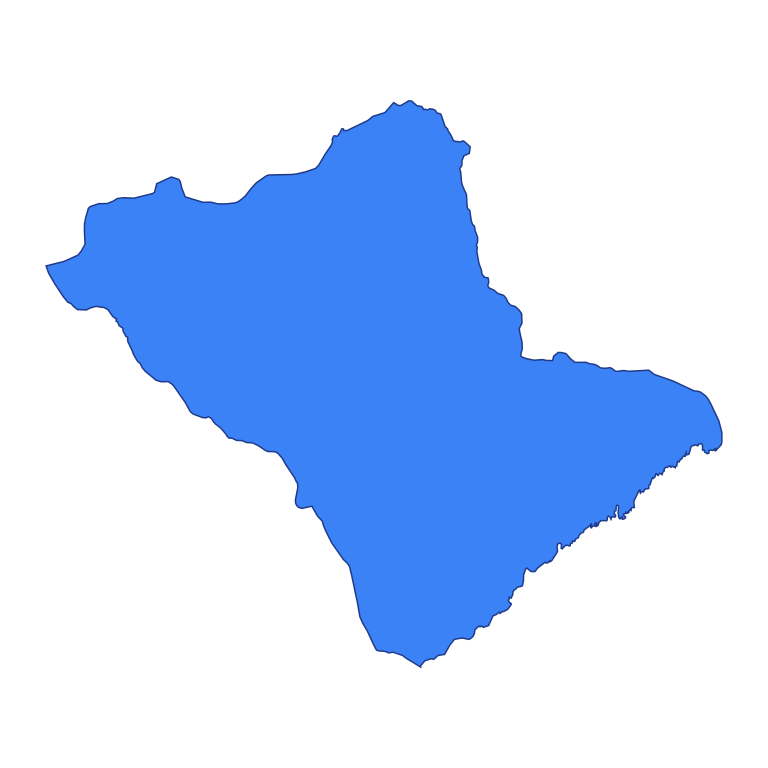 outline of Khua, Phôngsali, Laos
{"feature_id": "54806243B94701864875759", "entity_name": "Khua", "entity_type": "district", "adm_level": 2, "iso_a3": "LAO", "parent_name": "Laos", "parent_adm1": "Phôngsali", "projection": "equal_earth", "projection_center": [102.473, 21.051], "detail": "fine", "context": "isolated", "style": "filled", "palette": "blue", "viewbox_px": 768, "rotation_deg": 0, "n_neighbors": 0, "source": "geoboundaries", "source_scale": "gbopen_adm2", "svg_char_len": 6109}
<svg xmlns="http://www.w3.org/2000/svg" viewBox="0 0 768 768"><path d="M46.1,265.9L48.7,273.3L54.8,283.8L63.3,296.7L68.0,302.4L70.7,303.3L74.2,307.0L77.6,309.6L86.5,309.9L89.9,308.1L95.3,306.5L98.0,306.5L100.6,307.2L103.8,307.4L107.9,309.6L112.7,316.4L115.6,318.6L116.6,318.8L116.1,321.2L117.7,321.9L119.1,325.6L122.8,328.2L123.2,331.1L124.2,333.4L125.0,334.2L125.7,336.2L127.5,337.0L127.8,341.5L132.1,350.5L133.3,354.0L137.4,361.1L140.5,364.0L142.3,367.8L145.2,371.2L156.0,380.2L161.3,381.8L168.2,381.6L172.1,384.2L173.7,385.9L185.6,403.0L189.9,411.0L191.4,412.7L193.3,414.1L202.6,417.6L206.2,417.8L208.3,416.7L210.6,417.9L211.5,418.5L213.7,422.1L215.4,423.9L221.1,428.4L225.7,433.9L227.4,436.6L229.0,438.1L231.8,438.1L236.6,440.4L242.0,440.6L246.5,442.5L252.7,442.9L258.4,445.7L265.7,450.6L267.8,451.5L274.9,451.7L277.8,453.2L282.3,458.3L285.6,464.3L294.5,477.6L296.4,481.8L297.5,483.0L297.8,487.7L295.4,500.1L295.7,503.4L296.6,505.4L298.4,507.3L302.0,508.4L311.9,506.2L317.5,516.0L322.3,521.2L323.3,525.0L326.0,531.5L331.8,543.0L343.4,559.5L347.2,563.1L349.5,566.4L351.7,575.5L357.4,602.4L359.9,616.8L362.8,623.4L367.2,630.8L374.1,645.7L376.4,650.0L378.4,650.8L385.1,651.4L388.6,652.9L393.0,652.2L402.5,655.4L405.7,657.9L420.7,667.1L420.8,665.6L424.7,660.9L431.1,658.7L433.7,659.3L438.1,655.4L444.6,654.4L450.0,644.8L454.5,639.3L462.1,638.0L469.1,639.4L471.8,637.7L473.2,635.9L474.5,633.4L474.7,630.5L475.2,629.5L478.7,626.2L480.1,626.8L481.6,625.9L483.3,627.3L488.6,625.6L492.9,616.0L496.8,614.2L498.3,612.8L499.5,612.4L500.0,613.4L502.5,611.4L503.4,611.6L507.7,609.4L511.2,604.5L511.2,603.7L509.4,602.3L508.7,601.2L508.5,600.1L509.1,599.2L509.2,597.2L511.1,598.1L512.7,594.8L513.0,591.7L514.0,590.3L516.2,588.7L517.1,587.3L521.8,586.2L522.5,585.4L523.5,580.5L523.6,574.8L525.9,568.5L526.7,568.0L531.0,571.5L534.9,571.6L537.7,568.0L545.1,562.2L546.0,563.0L547.7,562.9L548.5,561.9L549.2,561.9L549.7,560.7L550.3,560.7L550.7,561.4L551.7,560.7L556.9,552.7L557.5,551.1L557.0,547.0L557.4,544.9L558.2,543.6L560.2,543.0L561.5,544.6L561.2,548.3L562.2,548.8L565.3,545.6L567.1,545.2L569.7,546.0L570.3,545.5L570.3,544.2L571.0,543.2L572.1,543.1L572.8,540.8L574.0,541.5L574.8,541.2L575.9,538.8L578.3,537.7L579.1,535.2L580.8,533.3L582.9,532.5L583.6,531.8L584.1,529.9L589.3,526.2L590.7,524.4L591.4,524.0L591.7,524.5L590.7,526.8L590.9,527.7L591.6,527.8L592.2,526.2L594.9,526.0L594.9,523.9L595.6,522.8L596.6,523.1L596.9,523.9L596.1,525.0L595.9,525.9L596.2,526.5L598.0,525.4L599.0,522.5L600.0,521.4L601.6,520.6L606.8,520.7L607.2,519.8L607.3,517.6L607.8,516.4L608.3,516.1L610.0,516.9L611.0,519.2L611.7,517.0L612.6,516.5L614.4,517.2L615.4,516.8L615.7,515.8L615.0,514.5L614.3,514.2L614.5,511.3L615.9,510.7L616.4,505.6L617.3,505.1L618.2,505.6L618.6,506.8L618.1,513.2L618.9,517.8L620.0,518.8L621.4,517.0L622.1,516.9L622.0,518.8L622.7,519.3L624.6,518.6L625.6,517.8L625.5,516.8L623.8,515.5L623.5,514.3L624.0,513.7L626.0,513.5L625.7,512.5L626.0,512.1L627.1,513.2L627.9,513.1L627.9,512.0L628.9,512.2L629.4,510.0L630.0,509.7L631.0,510.5L631.2,509.7L630.9,508.5L632.0,507.7L634.4,507.5L633.8,503.1L634.1,500.6L639.3,490.0L639.9,490.0L640.2,492.9L640.5,493.2L641.3,491.6L643.6,491.9L644.9,489.1L648.7,488.6L648.8,485.8L649.2,485.1L650.0,484.8L652.2,477.9L652.8,477.6L653.4,478.4L655.0,476.9L655.6,474.2L656.1,473.6L656.7,473.8L657.5,475.2L658.4,475.4L659.4,473.4L661.0,473.7L662.0,474.7L662.5,473.9L662.5,472.4L664.3,470.9L664.2,468.9L664.9,468.1L665.6,467.3L667.2,467.5L669.3,465.8L670.8,467.2L671.7,466.9L672.0,466.1L675.3,467.7L675.4,466.6L676.8,465.9L677.3,462.0L677.8,461.4L678.8,462.0L679.4,461.5L680.4,459.3L681.7,459.0L682.5,457.0L683.5,456.0L684.8,456.4L685.4,456.0L685.4,453.6L686.1,452.3L686.4,454.5L686.9,454.9L688.8,454.3L690.3,449.8L690.7,447.4L691.7,446.1L695.2,444.9L697.9,445.8L698.4,444.2L701.6,443.6L702.6,445.9L702.5,449.7L702.9,450.3L704.2,450.1L704.8,452.2L707.3,453.7L708.9,453.1L709.1,452.6L708.7,450.9L709.1,450.5L710.7,450.1L713.2,450.4L715.2,448.5L715.7,448.6L715.1,450.7L715.6,450.8L721.3,444.6L721.9,441.4L721.8,432.2L718.8,420.8L711.4,405.1L708.4,399.4L705.8,396.1L700.6,392.1L697.5,391.2L694.1,390.9L673.0,381.0L654.4,374.5L648.8,370.2L628.4,371.3L623.8,370.5L616.7,371.4L615.4,371.1L611.8,368.4L610.1,367.7L605.2,368.3L600.4,367.9L598.1,366.1L594.6,364.4L590.2,363.9L585.9,362.3L575.0,362.4L570.7,358.9L565.9,353.6L561.3,352.5L558.2,352.5L553.8,356.0L552.5,360.6L546.1,360.4L542.8,359.6L533.9,360.2L526.4,358.6L521.8,357.0L520.6,355.2L522.2,349.0L522.1,342.5L519.7,331.9L519.3,328.4L522.0,323.0L521.6,313.6L518.9,309.8L515.0,306.4L510.9,305.3L508.0,302.5L506.3,298.6L503.7,295.4L497.5,293.3L493.9,290.1L488.6,287.7L487.8,285.3L488.7,282.6L488.5,279.3L488.0,277.9L484.2,277.2L483.7,276.0L482.8,275.4L482.0,274.1L481.5,270.6L478.9,263.1L476.8,251.4L477.3,246.9L476.7,246.2L476.4,244.9L477.6,242.1L477.6,237.1L475.0,230.4L474.9,228.0L474.2,225.8L472.6,224.6L471.3,220.9L469.8,210.5L467.9,208.8L467.2,207.3L466.4,194.4L463.0,187.0L461.6,182.7L460.6,171.6L459.7,169.0L460.5,167.3L461.5,166.2L462.0,164.4L461.9,160.7L464.0,155.7L469.3,153.4L470.2,146.8L464.2,141.4L463.0,140.9L459.6,142.1L457.6,141.4L456.0,141.6L453.1,140.4L452.5,138.3L450.3,134.1L448.2,131.0L447.5,128.8L445.1,126.5L441.2,115.0L440.2,113.7L437.0,113.1L435.4,110.4L432.8,109.2L429.6,108.8L427.4,110.0L425.4,109.2L423.8,109.7L421.9,106.6L416.7,105.6L411.6,101.0L408.6,100.9L400.9,105.5L398.3,105.5L393.7,102.6L384.9,112.6L372.8,116.4L367.8,120.5L346.9,130.6L343.7,130.5L343.5,129.0L341.9,128.7L339.9,132.8L337.7,135.8L336.6,136.3L335.1,135.8L333.7,136.0L332.2,139.2L332.5,142.0L331.3,145.2L325.3,154.0L318.7,165.2L315.5,168.5L305.4,171.9L296.4,174.0L291.7,174.5L268.8,175.0L266.4,175.8L256.2,182.9L250.4,189.4L245.3,196.0L241.5,199.3L238.4,201.6L235.0,202.9L226.3,203.9L217.9,203.9L211.1,202.2L202.9,202.3L185.2,196.9L181.9,188.4L180.2,181.5L178.8,179.4L171.3,177.0L156.7,183.7L154.5,192.4L152.4,193.6L133.9,198.2L123.7,197.7L117.4,198.5L113.3,201.1L107.4,203.5L98.6,203.7L90.2,206.6L88.4,208.3L85.7,217.7L84.5,223.7L84.4,231.1L85.1,244.2L81.1,251.3L77.9,255.2L63.8,261.5L46.1,265.9Z" fill="#3b82f6" stroke="#1e3a8a" stroke-width="1.5"/></svg>